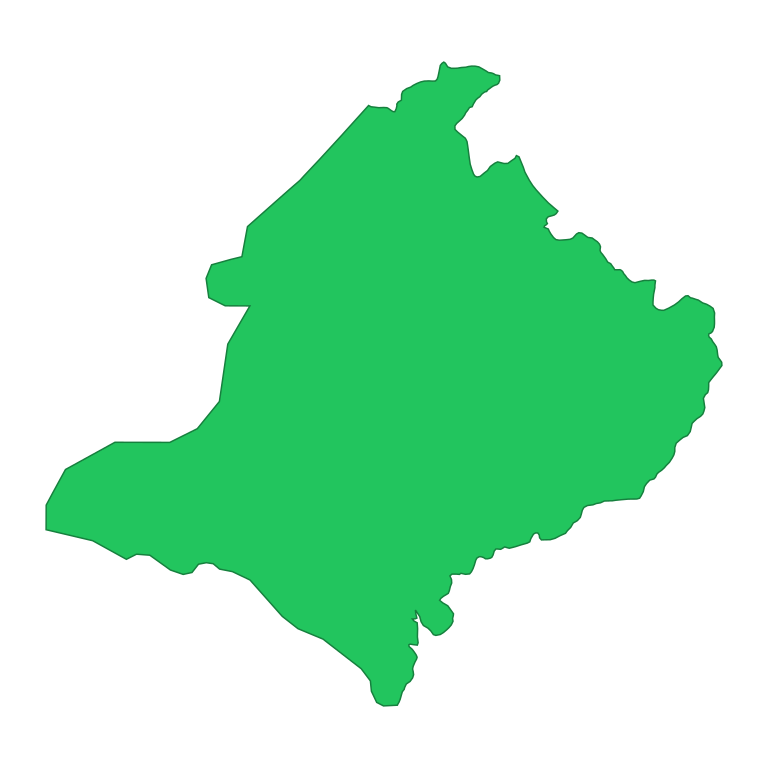 outline of Tavush, Tavush, Armenia
{"feature_id": "60910142B30577123692851", "entity_name": "Tavush", "entity_type": "district", "adm_level": 2, "iso_a3": "ARM", "parent_name": "Armenia", "parent_adm1": "Tavush", "projection": "equal_earth", "projection_center": [45.447, 40.841], "detail": "fine", "context": "isolated", "style": "filled", "palette": "green", "viewbox_px": 768, "rotation_deg": 0, "n_neighbors": 0, "source": "geoboundaries", "source_scale": "gbopen_adm2", "svg_char_len": 5471}
<svg xmlns="http://www.w3.org/2000/svg" viewBox="0 0 768 768"><path d="M126.4,559.3L136.5,554.2L149.8,555.2L170.4,570.0L183.2,574.4L192.0,572.5L198.5,564.2L206.3,562.7L213.2,563.7L219.6,569.1L232.4,571.6L250.0,580.0L270.0,602.5L282.3,616.4L298.0,628.7L323.0,639.1L361.2,668.7L370.4,680.9L371.4,691.2L376.7,702.4L383.5,705.9L397.4,705.2L397.8,704.2L399.0,702.2L400.2,699.2L401.4,694.9L402.3,691.8L404.2,689.3L404.6,687.6L406.3,684.0L410.1,681.4L412.6,677.9L413.6,674.7L413.2,671.7L412.6,669.0L413.1,666.5L414.9,662.2L416.6,659.0L417.1,657.2L416.2,655.0L414.5,652.4L412.3,649.4L409.1,646.6L408.8,644.8L410.1,644.1L413.0,644.6L417.3,645.1L418.1,642.8L417.4,636.9L417.6,628.6L417.2,622.8L414.1,621.1L412.3,619.0L415.2,618.8L416.9,618.1L415.8,613.7L415.4,610.0L419.7,616.5L421.1,621.7L423.4,625.5L427.9,628.1L430.8,630.9L433.4,634.6L435.8,635.4L440.3,634.5L443.5,632.5L446.7,629.8L448.9,627.7L451.3,624.9L453.0,621.3L452.6,618.4L453.3,615.6L453.5,613.8L452.1,611.8L449.6,608.3L447.8,605.8L442.8,602.9L439.6,600.3L440.9,598.3L443.4,596.3L446.6,594.4L448.3,593.3L449.3,590.8L450.3,586.6L451.7,583.0L451.5,579.5L449.9,575.9L452.0,574.1L456.3,574.1L459.4,574.4L460.5,573.6L460.9,573.3L465.5,574.3L469.6,573.9L471.4,571.8L472.9,568.9L473.0,568.7L474.4,564.9L475.8,560.1L476.9,558.1L479.1,556.7L481.0,556.7L483.5,557.5L485.5,558.8L487.5,558.8L490.4,558.1L491.8,557.3L493.1,554.9L494.2,551.1L495.9,549.0L497.4,549.0L500.7,549.3L503.0,548.0L504.7,546.9L506.9,547.6L508.4,548.0L509.4,548.2L512.7,547.4L515.3,546.7L516.3,546.4L520.9,544.9L527.3,543.1L529.8,541.8L530.8,538.7L533.5,534.1L535.6,532.9L537.8,533.0L539.2,534.9L539.6,537.8L541.4,539.9L544.5,539.8L550.2,539.7L555.1,538.3L560.0,535.7L565.5,533.3L567.4,530.7L570.7,527.4L573.3,522.9L575.6,521.7L577.4,520.6L580.3,517.4L581.3,514.2L582.3,510.3L583.9,507.4L587.5,505.5L593.0,504.8L596.3,503.5L600.5,502.8L604.4,501.0L608.8,500.9L609.9,500.8L612.1,500.8L616.2,500.2L621.5,499.7L628.3,499.1L636.8,499.0L639.6,498.2L640.6,496.6L641.0,496.1L643.3,491.6L644.4,486.8L646.5,483.6L649.8,480.1L654.0,478.9L655.5,477.2L656.8,474.2L658.5,472.4L661.7,470.2L664.4,467.7L666.2,465.5L669.4,462.3L672.1,458.2L673.9,454.8L674.8,451.4L674.8,447.5L675.6,445.1L676.2,443.2L679.7,440.1L683.1,437.4L687.4,435.6L690.2,431.6L691.3,427.0L692.1,423.4L693.8,421.6L696.9,418.7L700.7,416.2L702.8,414.0L703.9,411.2L704.8,407.6L704.1,403.0L703.4,398.3L705.3,394.7L707.7,392.6L708.5,389.7L708.7,386.1L708.7,382.6L710.8,379.8L713.2,376.8L716.6,372.7L719.4,368.9L721.9,365.5L721.7,362.3L720.3,360.2L718.2,357.4L717.7,355.0L717.1,350.0L716.3,346.8L714.9,344.6L712.7,341.6L711.3,339.0L709.1,337.0L708.6,335.2L709.0,333.7L710.8,333.1L712.5,331.5L713.2,329.7L714.2,327.3L714.5,323.8L714.5,320.8L714.4,316.9L714.6,313.0L713.1,308.4L710.1,306.2L706.7,304.3L702.6,302.9L698.4,300.1L695.7,299.3L694.0,298.7L692.2,298.1L690.5,297.8L688.0,295.7L685.5,296.0L682.0,298.7L678.6,301.9L674.4,305.0L673.3,305.6L668.8,308.1L663.9,310.3L661.7,310.3L658.4,309.7L655.9,308.2L653.0,305.0L653.0,301.7L653.2,298.3L653.6,294.3L654.9,287.7L654.9,285.7L655.0,284.4L655.5,280.9L654.0,280.1L651.5,280.1L648.6,280.5L644.5,280.4L639.9,281.4L635.0,282.7L632.1,282.0L629.4,280.2L626.9,277.8L625.4,275.6L624.1,274.1L623.7,273.6L622.6,271.5L621.7,270.7L621.4,270.4L620.0,269.7L616.9,269.8L614.7,269.7L613.8,268.0L612.2,265.9L610.7,263.7L607.7,262.1L605.7,258.7L602.5,254.3L600.8,252.4L600.0,250.2L600.5,246.8L599.5,244.2L598.8,243.4L597.4,241.8L594.3,239.6L592.2,238.0L587.8,237.4L585.0,235.3L581.9,233.1L578.8,232.7L576.5,234.0L572.9,238.0L570.1,239.3L565.5,239.8L561.1,240.1L559.2,240.2L555.9,239.6L553.5,237.5L550.9,234.0L549.2,231.1L548.3,229.0L544.1,227.3L544.6,225.8L546.2,224.8L547.4,223.6L546.5,221.9L546.3,218.9L548.3,216.7L551.7,215.8L554.3,215.0L556.2,213.6L557.9,211.1L556.6,210.0L554.1,207.9L548.3,202.9L542.6,197.0L536.2,189.9L532.6,185.4L529.4,180.4L524.9,172.1L523.3,167.3L522.6,165.6L519.0,156.8L516.4,155.6L515.0,158.3L511.2,160.9L507.9,163.4L504.0,163.5L497.7,161.9L494.8,163.2L490.3,166.5L487.5,170.5L484.1,173.1L480.2,176.4L477.1,177.0L475.0,176.1L473.6,174.2L471.8,169.4L470.2,164.2L469.2,157.4L468.2,149.6L467.6,145.3L467.0,141.5L465.3,138.2L462.6,136.1L457.6,132.0L455.0,129.4L454.9,125.9L456.7,123.4L459.5,120.9L462.2,118.4L464.6,115.1L465.8,112.6L467.4,110.7L469.5,107.5L472.2,106.7L473.4,104.0L475.8,100.0L477.7,98.2L479.8,96.7L481.7,94.2L483.6,92.7L484.8,91.9L486.6,91.5L487.8,89.8L489.4,88.7L491.5,87.1L493.2,86.0L495.2,85.1L496.9,84.6L498.6,83.2L498.9,82.3L499.8,80.2L499.6,75.7L498.2,75.4L495.5,74.9L493.6,73.7L491.6,73.0L488.3,72.5L486.3,71.1L482.7,69.0L478.9,66.9L475.4,66.2L471.8,66.1L468.6,66.5L465.9,67.2L461.4,67.5L457.9,68.1L457.3,68.2L454.3,68.3L451.2,68.3L450.3,67.9L447.7,66.9L445.4,63.2L443.8,62.1L441.9,63.4L440.3,65.4L439.8,67.9L439.1,71.5L438.0,76.7L437.1,79.3L435.4,81.0L432.4,81.1L428.9,80.9L424.3,81.1L420.8,81.9L416.8,83.5L413.3,85.3L410.7,87.1L406.7,88.6L402.7,91.4L401.6,94.4L401.5,97.6L401.4,100.2L398.2,102.0L396.8,104.1L396.9,105.8L396.2,108.8L394.8,111.7L393.0,111.6L390.9,110.3L388.3,108.4L386.9,107.7L383.8,107.5L378.8,107.7L374.2,107.1L371.2,106.8L369.5,106.0L368.6,105.5L340.7,136.4L318.9,160.1L303.9,176.0L299.9,180.4L289.5,189.4L275.1,202.1L247.5,226.6L241.9,256.7L230.9,259.4L211.6,264.8L206.1,278.4L208.8,297.6L225.2,305.8L249.9,305.9L227.8,344.1L219.4,401.5L197.3,428.7L169.8,442.4L114.9,442.3L65.5,469.5L52.5,493.3L46.2,505.1L46.1,529.7L57.5,532.4L92.7,540.7L126.4,559.3Z" fill="#22c55e" stroke="#15803d" stroke-width="1.5"/></svg>